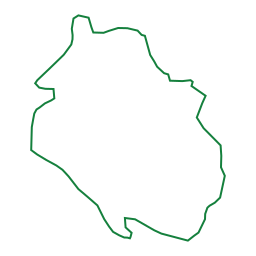 Sirs Al-Layyana City, Al Minufiyah, Egypt
{"feature_id": "37247803B52946313788554", "entity_name": "Sirs Al-Layyana City", "entity_type": "district", "adm_level": 2, "iso_a3": "EGY", "parent_name": "Egypt", "parent_adm1": "Al Minufiyah", "projection": "robinson", "projection_center": [30.97, 30.445], "detail": "fine", "context": "isolated", "style": "outline", "palette": "green", "viewbox_px": 256, "rotation_deg": 0, "n_neighbors": 0, "source": "geoboundaries", "source_scale": "gbopen_adm2", "svg_char_len": 1096}
<svg xmlns="http://www.w3.org/2000/svg" viewBox="0 0 256 256"><path d="M192.7,81.9L190.6,80.2L182.4,81.1L170.0,80.7L168.2,74.4L164.1,73.2L157.1,66.7L154.2,61.4L150.2,55.0L144.9,35.8L141.6,34.9L137.6,30.6L127.4,28.2L118.1,28.0L108.8,30.9L103.6,32.8L93.3,32.5L91.4,27.2L88.6,17.7L78.4,15.4L73.5,18.5L71.8,28.8L72.6,35.1L72.5,39.3L71.3,44.5L63.8,54.7L56.4,61.9L50.1,68.0L43.7,74.1L39.5,78.1L37.3,80.2L35.2,83.3L39.2,87.6L45.3,88.8L53.5,89.0L54.3,98.4L51.2,100.4L44.9,103.4L39.6,107.5L36.5,109.5L34.3,113.5L33.1,119.8L31.8,127.1L31.2,150.1L37.2,154.5L46.3,160.0L56.4,165.5L62.5,169.8L68.5,176.3L78.4,189.1L87.4,196.7L97.4,205.4L104.2,219.1L109.1,226.6L113.1,231.9L115.1,233.0L119.2,235.3L124.2,237.5L127.3,237.6L129.9,238.3L130.5,237.0L131.6,232.8L125.6,227.4L124.9,218.0L135.1,219.3L154.3,230.3L161.4,233.6L187.9,240.6L194.3,235.6L198.5,232.6L205.0,219.2L205.2,213.9L207.4,207.7L209.6,205.7L214.8,202.7L220.1,197.6L224.8,175.8L221.0,167.3L221.2,159.6L221.3,155.9L220.6,145.4L203.6,128.2L196.8,117.5L202.3,103.1L205.6,95.8L191.5,86.0L192.7,81.9Z" fill="none" stroke="#15803d" stroke-width="2"/></svg>